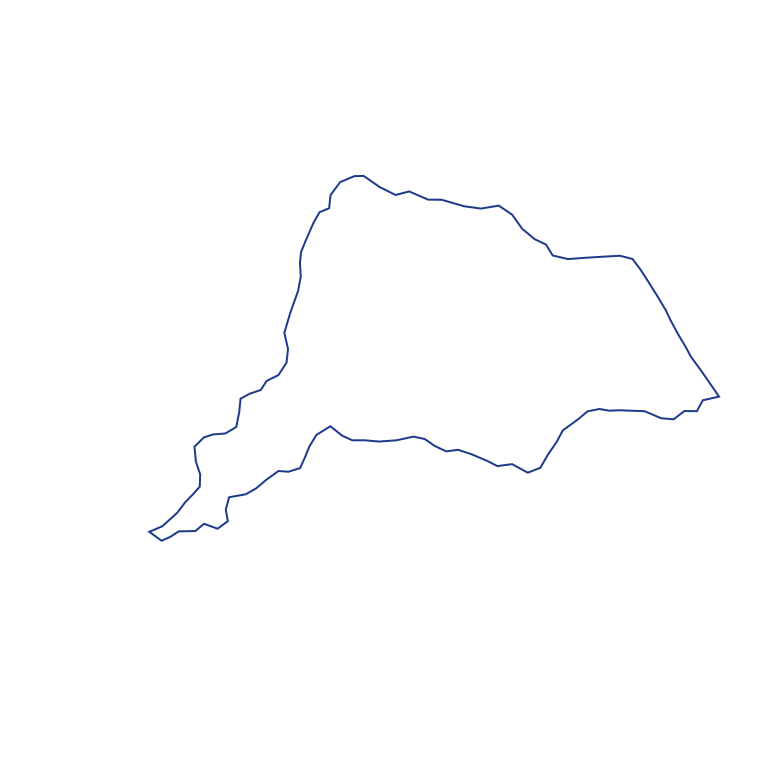 Morro da Fumaça, Santa Catarina, Brazil (Equal Earth projection), rotated 327°
{"feature_id": "56859067B42300918373881", "entity_name": "Morro da Fumaça", "entity_type": "district", "adm_level": 2, "iso_a3": "BRA", "parent_name": "Brazil", "parent_adm1": "Santa Catarina", "projection": "equal_earth", "projection_center": [-49.259, -28.637], "detail": "fine", "context": "isolated", "style": "outline", "palette": "blue", "viewbox_px": 768, "rotation_deg": 327, "n_neighbors": 0, "source": "geoboundaries", "source_scale": "gbopen_adm2", "svg_char_len": 1594}
<svg xmlns="http://www.w3.org/2000/svg" viewBox="0 0 768 768"><g transform="rotate(327 384 384)"><path d="M106.6,380.1L112.1,394.3L121.3,395.8L131.6,395.8L145.7,404.6L156.9,403.2L165.6,414.7L178.3,414.0L182.9,403.2L192.4,394.6L208.0,401.2L219.8,401.9L233.1,400.2L248.1,399.5L256.2,405.6L267.8,408.8L277.4,402.7L287.3,395.8L299.6,389.9L316.0,390.2L320.8,404.6L326.8,414.0L336.8,420.4L348.7,429.7L363.8,438.0L380.1,444.2L388.2,452.3L392.8,463.6L399.5,474.4L410.3,479.5L419.3,490.8L428.7,504.8L434.4,514.6L447.8,521.0L456.3,536.7L469.5,539.4L483.1,532.5L497.3,526.6L508.7,520.3L518.4,519.8L527.4,519.3L539.7,517.8L550.9,522.2L558.7,529.3L568.0,534.8L576.1,540.6L587.7,548.7L597.8,563.7L607.7,571.3L621.3,570.3L631.6,577.2L642.5,571.3L658.1,577.0L657.7,560.8L657.2,544.8L656.3,528.6L657.2,516.6L657.8,502.1L659.0,487.1L660.5,475.6L661.1,459.9L661.4,441.7L661.4,427.2L660.5,414.5L651.9,405.1L638.8,397.5L622.3,388.2L606.3,379.4L595.5,368.1L595.8,355.3L589.2,344.5L584.4,329.0L583.7,311.8L577.4,296.9L560.9,289.7L547.8,278.4L539.8,269.1L532.6,260.8L521.4,253.4L510.0,236.2L496.7,231.8L487.7,216.6L480.2,198.4L472.3,193.5L457.2,190.8L442.1,196.4L433.7,206.7L423.5,204.8L412.7,210.4L404.8,215.6L396.3,221.2L386.4,228.1L379.8,236.2L372.6,248.7L362.7,259.1L353.8,265.9L343.9,273.5L328.3,286.8L322.6,302.3L313.8,313.1L300.3,319.0L287.3,317.5L277.4,321.9L266.0,319.0L255.7,318.2L247.2,328.8L236.7,339.6L224.0,339.1L213.2,333.2L203.8,330.7L190.9,333.4L184.0,346.5L180.6,359.7L173.5,369.8L163.5,372.5L152.9,374.9L140.4,379.4L120.7,382.6L106.6,380.1Z" fill="none" stroke="#1e3a8a" stroke-width="2"/></g></svg>